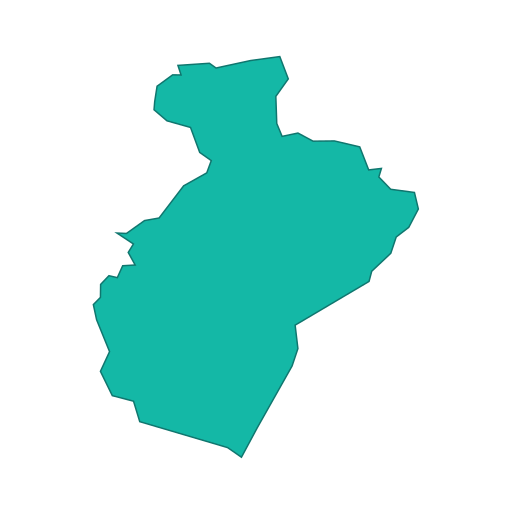 Carter, Kentucky, United States of America, rotated 101°
{"feature_id": "52423323B71495189407297", "entity_name": "Carter", "entity_type": "district", "adm_level": 2, "iso_a3": "USA", "parent_name": "United States of America", "parent_adm1": "Kentucky", "projection": "albers", "projection_center": [-83.1, 38.336], "detail": "fine", "context": "isolated", "style": "filled", "palette": "teal", "viewbox_px": 512, "rotation_deg": 101, "n_neighbors": 0, "source": "geoboundaries", "source_scale": "gbopen_adm2", "svg_char_len": 894}
<svg xmlns="http://www.w3.org/2000/svg" viewBox="0 0 512 512"><g transform="rotate(101 256 256)"><path d="M349.0,400.3L377.8,381.5L398.9,386.7L420.5,370.4L421.9,348.5L440.8,338.5L449.5,247.3L456.3,231.9L424.1,221.9L357.1,199.6L338.9,197.2L316.4,204.4L259.4,140.2L248.9,139.5L227.6,124.2L210.6,122.0L198.7,111.5L178.9,105.6L163.4,112.6L164.8,136.5L155.0,150.5L146.1,149.6L150.0,161.8L129.1,175.0L128.1,201.0L132.4,221.9L127.3,238.3L133.6,253.2L122.0,260.9L95.5,267.0L76.0,258.1L55.7,270.7L65.2,298.7L79.1,331.1L75.7,338.5L83.8,369.0L92.6,364.1L94.1,372.4L108.2,385.5L123.8,384.9L131.9,384.0L140.3,369.2L142.3,344.8L165.1,331.0L170.9,318.1L183.8,320.2L200.9,340.4L237.2,358.4L242.5,372.2L258.6,387.5L260.0,396.9L267.6,378.6L276.9,382.1L287.9,372.9L291.0,385.0L303.7,388.0L303.4,396.6L313.5,403.1L326.3,400.8L334.7,406.4L349.0,400.3Z" fill="#14b8a6" stroke="#0f766e" stroke-width="1.5"/></g></svg>